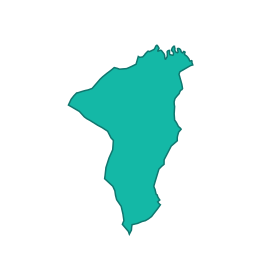 Afikpo South, Ebonyi, Nigeria (Natural Earth projection), rotated 27°
{"feature_id": "59680162B28595276838631", "entity_name": "Afikpo South", "entity_type": "district", "adm_level": 2, "iso_a3": "NGA", "parent_name": "Nigeria", "parent_adm1": "Ebonyi", "projection": "natural_earth1", "projection_center": [7.822, 5.833], "detail": "fine", "context": "isolated", "style": "filled", "palette": "teal", "viewbox_px": 256, "rotation_deg": 27, "n_neighbors": 0, "source": "geoboundaries", "source_scale": "gbopen_adm2", "svg_char_len": 2586}
<svg xmlns="http://www.w3.org/2000/svg" viewBox="0 0 256 256"><g transform="rotate(27 128 128)"><path d="M157.1,42.4L156.8,42.1L156.2,41.5L155.5,40.9L155.1,40.4L154.6,39.3L154.1,39.1L152.9,40.2L152.4,40.1L150.9,38.8L149.0,37.8L147.6,37.3L145.7,37.0L145.0,36.8L144.8,36.2L144.5,35.6L144.5,34.7L144.2,34.4L143.4,34.4L142.9,34.5L142.8,36.0L142.4,36.3L141.6,36.2L141.0,35.9L140.4,35.8L140.0,35.0L139.0,34.3L137.6,34.0L136.5,34.3L136.1,34.8L137.0,36.3L137.9,37.1L138.1,38.0L137.8,38.5L136.8,38.7L136.1,38.6L134.8,37.8L134.2,37.1L133.7,35.8L132.5,34.6L132.3,34.1L131.8,34.2L131.4,35.1L131.1,36.1L131.2,38.1L131.8,39.2L133.8,39.9L134.5,40.3L135.1,42.2L134.9,42.9L132.0,43.6L131.3,43.0L130.6,41.6L129.8,40.0L129.3,40.2L128.3,41.5L128.3,42.6L128.8,43.0L130.3,46.0L130.5,47.1L130.3,48.7L130.3,49.6L129.8,49.7L129.0,48.9L127.9,47.0L126.8,45.8L125.9,45.3L123.5,44.2L122.6,43.8L121.7,43.9L119.9,45.9L119.6,45.9L119.4,45.5L119.5,43.0L118.7,42.3L116.6,41.1L115.9,41.4L115.6,42.4L115.7,45.0L115.5,46.2L114.3,47.8L113.4,49.0L112.5,50.1L111.0,50.4L110.7,50.9L109.7,54.1L109.6,55.4L108.8,58.0L106.4,59.7L104.7,59.6L106.2,67.5L103.7,70.9L101.5,73.7L99.8,75.7L93.8,79.4L91.4,79.7L88.3,80.4L87.7,81.8L87.2,83.0L85.0,87.7L84.7,88.2L82.3,93.6L81.5,95.8L80.9,97.5L80.6,98.9L78.1,109.0L75.7,111.6L75.0,112.3L72.8,114.1L71.6,115.2L69.9,116.8L69.6,117.1L67.6,119.1L66.3,120.1L65.1,124.1L64.3,128.2L64.5,134.6L77.2,135.3L84.0,137.9L87.0,138.4L90.7,138.5L99.7,139.3L104.8,139.4L111.3,140.1L117.3,144.5L120.6,145.7L124.2,154.2L124.3,155.4L124.7,163.2L126.3,173.2L129.2,180.9L130.2,183.8L132.5,184.4L140.9,186.8L144.8,189.9L147.5,193.7L150.4,197.0L157.5,200.9L162.6,207.0L166.4,212.4L166.7,216.4L175.3,220.0L177.4,222.0L177.4,217.4L176.2,214.5L175.5,212.3L179.9,208.6L183.0,204.9L185.5,202.7L187.4,199.8L189.2,196.1L189.8,192.8L189.8,192.5L190.0,191.9L190.4,189.7L190.7,188.2L191.1,185.9L191.4,184.0L191.6,182.3L191.7,181.7L190.7,181.5L189.7,181.2L188.0,180.3L189.0,177.7L187.6,177.0L186.0,176.0L185.2,175.3L184.5,174.4L183.7,174.3L183.0,174.1L181.9,172.8L179.9,170.4L178.7,169.5L177.4,168.1L176.6,164.0L175.8,159.5L174.2,150.6L175.4,146.8L176.6,144.0L174.6,139.9L174.7,124.5L177.7,117.0L176.3,114.3L175.7,112.4L175.0,108.6L175.9,105.0L175.5,104.7L174.8,104.4L174.4,104.3L172.4,103.8L172.1,103.7L171.7,103.4L170.8,102.7L168.5,101.1L166.9,100.2L166.1,100.0L162.7,94.4L159.8,87.7L158.5,86.0L157.2,83.7L156.5,80.4L157.1,77.5L157.7,75.2L158.0,74.0L157.7,72.3L157.8,70.5L158.6,69.3L158.7,68.1L156.1,64.6L154.0,62.3L149.0,56.9L148.7,54.3L155.4,44.0L157.1,42.4Z" fill="#14b8a6" stroke="#0f766e" stroke-width="1.5"/></g></svg>